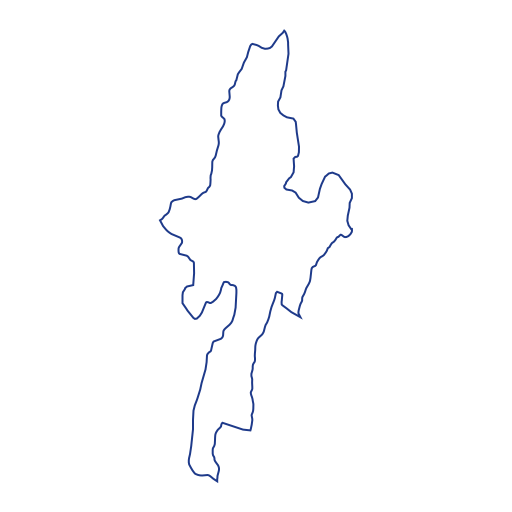 Colomba, Retalhuleu, Guatemala
{"feature_id": "79465075B28232035709765", "entity_name": "Colomba", "entity_type": "district", "adm_level": 2, "iso_a3": "GTM", "parent_name": "Guatemala", "parent_adm1": "Retalhuleu", "projection": "equal_earth", "projection_center": [-91.758, 14.698], "detail": "fine", "context": "isolated", "style": "outline", "palette": "blue", "viewbox_px": 512, "rotation_deg": 0, "n_neighbors": 0, "source": "geoboundaries", "source_scale": "gbopen_adm2", "svg_char_len": 6077}
<svg xmlns="http://www.w3.org/2000/svg" viewBox="0 0 512 512"><path d="M190.4,260.0L192.6,261.2L193.4,261.7L193.9,262.8L194.1,273.3L193.2,285.1L187.0,286.5L185.1,288.2L184.9,289.1L182.9,292.2L182.5,295.2L182.5,303.2L186.3,308.7L187.5,310.6L193.4,317.9L194.9,318.9L196.8,318.6L199.8,315.8L201.9,312.5L206.0,302.5L206.9,302.0L208.3,302.3L209.8,303.0L210.8,303.0L212.9,301.8L216.1,299.0L217.7,296.9L219.1,294.7L220.1,292.7L220.9,290.0L221.3,288.0L222.8,284.7L223.4,283.1L224.0,282.1L225.2,281.9L226.3,281.9L227.9,282.2L228.8,282.8L229.2,283.5L230.0,284.4L231.0,285.0L232.9,285.1L234.8,285.8L235.7,286.7L236.1,287.7L236.4,289.9L236.4,292.9L235.6,307.7L234.3,314.8L233.3,317.7L232.4,320.7L231.3,322.7L229.6,324.7L225.7,328.1L224.6,329.2L223.6,330.6L223.3,331.9L223.1,335.3L222.8,336.5L222.2,337.6L220.9,338.8L213.7,341.5L213.1,342.3L212.7,343.2L211.0,350.7L210.4,351.5L209.3,352.1L208.3,353.1L207.4,354.2L207.0,355.3L206.6,362.2L205.5,369.5L201.6,383.0L200.2,389.6L197.5,398.2L196.7,400.5L194.8,405.4L193.5,410.6L193.0,419.8L193.0,429.3L191.2,446.2L190.0,454.2L189.1,458.0L188.8,460.1L188.8,462.4L189.2,464.5L190.9,467.7L192.5,470.4L194.2,472.7L195.1,473.7L196.1,474.2L197.9,474.9L200.1,475.4L202.3,475.5L207.6,475.0L209.0,475.4L210.4,476.3L213.4,478.8L217.2,481.3L217.2,479.0L217.4,478.0L217.5,475.9L217.7,475.1L218.4,472.5L218.8,470.9L219.0,469.7L219.0,468.2L218.7,466.9L218.1,465.4L217.3,464.3L216.2,462.8L215.1,461.2L214.5,459.8L214.4,458.0L214.1,457.0L213.1,455.4L212.9,454.6L212.7,453.6L212.7,452.1L212.7,449.9L212.9,448.3L213.7,446.9L214.1,446.2L214.4,445.4L214.8,444.0L215.0,440.4L215.1,437.4L215.3,434.9L215.7,433.4L216.3,432.1L216.8,431.3L217.8,429.8L220.1,427.6L221.0,426.5L221.3,424.8L221.8,423.5L222.5,422.8L243.0,429.6L250.4,430.4L250.8,429.0L251.7,424.7L252.3,420.3L252.3,419.2L252.2,418.4L252.0,417.5L251.6,415.2L251.9,414.2L252.7,412.3L253.1,410.8L253.3,408.9L253.4,404.5L253.3,403.5L252.8,401.0L252.5,399.1L252.3,398.3L251.9,396.9L251.3,395.3L250.9,393.8L250.8,392.4L251.2,391.4L252.0,389.8L252.3,388.8L252.3,387.0L252.1,382.8L252.2,379.2L252.0,378.2L251.4,376.0L251.4,374.7L251.4,373.8L252.5,369.9L252.7,368.6L252.7,366.5L252.8,365.6L253.0,364.5L253.8,363.0L254.6,361.9L254.9,360.9L255.0,359.9L255.0,358.1L254.9,357.2L254.8,355.9L254.9,353.5L255.2,350.1L255.3,346.7L255.4,345.7L255.6,344.5L255.9,343.2L256.4,341.7L256.8,340.6L257.3,339.5L257.8,338.7L258.5,337.8L261.7,334.9L262.4,334.1L263.0,333.1L263.5,332.2L263.9,331.1L265.0,326.8L265.7,324.8L266.4,323.7L267.1,322.5L268.3,319.5L269.2,316.7L270.3,311.4L271.0,308.9L271.5,307.1L272.6,304.2L274.1,300.4L274.8,298.2L275.9,293.1L277.1,291.8L281.5,293.5L282.1,293.9L282.3,294.7L281.8,300.3L281.6,301.8L281.6,302.9L281.7,304.4L282.3,305.2L286.5,308.3L291.3,312.1L300.4,317.2L298.5,313.5L298.4,312.2L298.7,310.3L299.8,306.0L300.3,304.5L300.7,303.5L301.7,301.7L302.1,300.7L302.2,298.1L302.4,297.1L303.3,295.5L304.0,294.3L304.4,293.4L305.0,291.9L305.7,289.7L306.3,288.1L307.0,286.9L308.8,283.8L309.7,281.8L310.0,280.9L310.5,277.9L311.4,269.8L311.6,268.8L311.8,268.1L312.7,267.0L314.4,266.2L315.2,265.9L315.9,265.2L317.0,262.0L318.4,259.7L319.4,258.3L320.3,257.4L321.0,256.9L322.1,256.3L323.2,255.6L324.0,254.9L325.4,253.0L325.9,252.3L326.8,250.8L327.4,249.3L327.8,248.2L328.7,247.6L329.7,246.8L330.2,245.7L331.6,243.5L332.3,242.8L333.5,242.0L334.1,241.5L335.4,239.9L336.8,237.6L337.7,237.0L338.4,236.9L340.0,235.2L340.8,234.7L341.6,235.0L343.9,236.7L345.0,237.1L346.4,237.0L347.5,236.5L348.4,236.1L350.3,234.3L350.9,233.4L351.8,231.9L352.0,230.5L351.9,229.0L351.2,229.1L348.6,225.3L347.3,220.8L347.8,215.6L349.5,207.7L349.7,202.9L351.9,198.1L351.9,193.7L350.1,189.6L345.3,184.3L338.7,175.1L332.4,172.6L328.8,173.5L326.2,175.8L325.1,176.6L321.6,184.1L319.9,188.9L318.0,197.5L315.2,201.1L308.4,202.6L302.8,201.0L298.8,197.7L295.6,192.6L292.1,190.5L286.4,189.5L284.4,187.8L284.2,186.1L285.9,183.5L286.1,182.3L289.1,178.4L290.9,177.1L293.6,172.3L294.1,166.3L293.8,162.0L293.6,158.6L295.3,156.9L296.9,156.8L298.0,155.9L298.9,152.3L299.0,146.7L296.8,132.6L296.0,124.1L295.7,121.8L293.4,118.6L286.9,117.3L283.4,115.4L280.3,112.9L278.4,109.4L277.9,105.5L278.1,101.6L280.4,97.4L281.5,90.3L283.4,86.4L285.4,76.0L285.4,71.7L286.1,70.4L288.5,53.8L288.1,44.4L288.1,42.5L287.6,38.7L287.1,36.6L286.2,33.9L285.1,31.6L284.2,30.7L282.8,32.8L278.8,36.4L271.9,46.5L269.9,48.0L267.6,48.6L265.0,48.8L261.7,47.8L258.7,45.9L256.6,45.0L252.4,43.9L251.2,44.6L250.2,46.1L248.2,52.1L246.9,57.2L243.9,62.6L241.7,68.9L239.1,72.3L237.8,74.3L237.2,76.8L236.3,80.3L235.7,81.0L235.4,81.9L234.8,84.4L234.4,85.3L233.9,86.0L233.1,86.7L231.8,87.6L230.7,88.3L230.0,89.1L229.5,89.9L229.3,90.8L229.3,91.7L229.7,96.3L229.7,97.6L229.5,98.7L229.2,99.7L228.6,100.7L227.8,101.5L226.7,102.2L224.5,102.8L223.5,103.2L222.9,103.6L222.3,104.4L221.9,105.4L221.6,106.4L221.4,107.5L221.3,108.9L221.2,111.8L221.2,114.6L221.2,115.7L221.8,116.6L222.4,117.2L223.4,118.0L224.5,119.2L224.7,120.5L224.7,121.4L224.5,122.6L224.1,124.0L223.0,126.4L221.1,129.3L219.6,131.9L218.6,134.4L218.3,135.5L218.2,136.6L218.5,139.5L218.8,141.9L218.8,143.4L218.6,144.7L218.4,145.6L216.9,150.5L215.7,155.6L215.0,157.4L214.0,158.7L212.9,160.0L212.5,161.1L212.3,161.8L212.2,167.5L212.0,170.5L211.7,171.8L211.3,173.7L210.7,175.3L210.6,176.4L210.5,178.1L210.6,179.6L210.4,183.2L210.2,185.2L209.8,186.1L209.1,187.1L208.3,187.7L207.8,188.4L207.4,189.3L206.7,190.7L206.1,191.6L205.5,192.0L203.8,192.6L202.7,193.2L201.6,194.1L199.1,196.6L197.3,198.2L196.4,198.9L195.8,199.1L195.0,199.1L194.3,198.9L193.5,198.6L190.8,197.1L189.7,196.8L188.6,196.7L187.5,196.8L185.3,197.2L181.9,198.6L176.2,199.8L174.3,200.2L172.8,201.0L171.4,202.2L171.0,203.2L170.7,204.7L170.4,206.4L169.7,209.3L168.6,212.2L168.0,213.0L167.2,213.7L166.2,214.6L165.1,215.3L164.4,215.9L163.4,217.3L162.6,218.4L161.8,219.2L160.0,220.3L163.1,226.1L166.1,229.7L167.6,231.2L169.4,232.6L171.5,234.0L179.3,237.3L180.7,238.0L181.7,239.3L182.0,240.3L182.1,241.4L182.0,242.7L181.1,244.1L179.2,246.8L178.6,248.2L178.5,250.1L178.6,252.1L179.0,253.3L179.6,253.9L186.7,255.7L188.1,256.7L190.4,260.0Z" fill="none" stroke="#1e3a8a" stroke-width="2"/></svg>